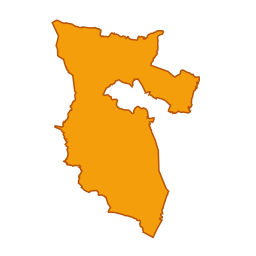 Ejutla, Jalisco, Mexico (Mercator projection), rotated 268°
{"feature_id": "50627088B36966342842371", "entity_name": "Ejutla", "entity_type": "district", "adm_level": 2, "iso_a3": "MEX", "parent_name": "Mexico", "parent_adm1": "Jalisco", "projection": "mercator", "projection_center": [-104.07, 19.901], "detail": "fine", "context": "isolated", "style": "filled", "palette": "amber", "viewbox_px": 256, "rotation_deg": 268, "n_neighbors": 0, "source": "geoboundaries", "source_scale": "gbopen_adm2", "svg_char_len": 5887}
<svg xmlns="http://www.w3.org/2000/svg" viewBox="0 0 256 256"><g transform="rotate(268 128 128)"><path d="M235.9,56.0L222.2,61.8L213.0,59.1L212.2,59.1L211.4,59.7L208.9,60.3L202.9,60.3L201.7,61.3L200.4,63.6L199.6,64.4L199.1,65.9L195.4,66.8L195.2,66.7L193.9,67.3L192.8,67.4L191.0,68.1L190.8,68.5L190.1,68.3L189.1,68.9L188.4,68.9L187.6,70.1L186.6,70.5L186.2,70.2L185.6,70.5L182.7,74.6L166.4,76.1L165.2,77.2L162.5,76.0L158.0,76.5L156.7,74.9L156.4,74.1L152.6,72.2L152.0,71.1L151.1,71.1L149.4,72.5L148.6,72.5L147.7,72.1L148.0,71.1L146.2,70.0L145.7,69.4L143.8,68.4L141.2,68.8L140.5,68.2L139.2,67.8L137.2,65.5L136.2,65.5L136.2,65.1L135.6,64.7L135.8,64.0L136.3,63.9L135.8,63.4L133.4,63.0L132.8,63.6L131.7,63.2L131.2,61.2L131.9,60.0L131.9,58.5L132.7,55.8L132.5,55.0L131.7,55.0L131.2,55.4L130.2,57.9L128.8,60.6L128.3,61.4L126.4,62.2L126.0,63.6L125.2,64.0L124.8,63.5L123.6,62.9L121.9,64.3L120.7,63.7L119.1,64.9L119.0,65.4L118.7,64.7L117.3,65.4L116.3,67.0L115.7,66.6L114.7,65.3L113.7,64.7L113.3,65.3L112.0,65.7L111.6,66.8L110.9,67.2L109.4,67.0L109.0,66.3L103.6,67.4L102.8,66.8L101.3,66.7L100.1,65.8L99.2,65.8L98.8,64.7L97.5,64.3L97.2,62.9L96.7,62.7L96.2,64.0L96.4,64.7L95.8,65.2L95.3,65.0L94.8,65.2L95.0,66.0L94.9,66.1L94.0,65.6L93.1,66.4L93.4,68.4L92.8,68.8L92.5,70.9L91.8,71.6L92.4,73.7L92.3,75.8L91.8,76.7L92.4,78.4L91.6,78.6L91.3,79.2L91.0,79.2L90.2,78.0L90.0,78.6L87.7,79.5L87.7,80.2L87.5,80.4L86.4,80.1L85.9,80.2L83.7,78.6L82.5,78.0L82.4,77.5L81.8,77.7L81.3,77.0L80.3,77.1L80.0,77.9L76.5,76.6L75.9,77.0L74.8,76.5L72.1,79.3L70.9,80.1L70.3,79.2L70.1,79.2L69.9,79.9L67.5,82.2L66.6,83.6L65.1,86.7L65.3,87.5L66.4,88.6L66.6,94.4L65.1,95.8L63.6,96.2L62.4,95.9L62.1,96.1L61.9,96.5L61.9,99.6L60.9,101.7L60.1,102.3L60.0,103.3L52.6,105.5L49.4,107.8L45.3,105.3L44.5,105.7L44.2,110.7L43.7,113.2L41.4,120.5L40.4,122.3L40.6,123.4L38.4,129.9L37.8,130.2L36.9,133.1L35.3,133.9L35.1,134.8L35.4,136.0L35.1,136.6L33.7,137.1L32.9,137.0L31.9,136.3L30.7,136.8L29.5,136.8L29.0,137.1L28.9,137.6L28.0,138.9L27.4,139.3L26.3,139.0L23.8,139.8L23.4,139.5L17.8,149.2L26.7,153.8L34.8,158.8L35.3,157.1L36.4,156.5L37.2,159.1L38.0,159.2L38.7,158.3L40.4,157.6L41.1,158.5L41.2,159.7L45.2,158.9L46.3,160.1L47.0,160.5L48.5,160.4L49.4,161.0L51.9,161.6L52.5,162.1L57.4,163.8L59.5,164.7L59.8,165.2L62.0,165.6L63.2,166.4L65.6,164.4L68.4,163.2L84.2,157.4L104.7,157.5L104.9,157.3L115.4,154.6L123.6,151.3L124.9,151.4L126.5,150.3L127.8,150.4L128.8,149.6L130.0,149.3L130.4,149.3L130.3,149.9L131.3,150.4L131.9,149.6L133.2,149.9L133.6,150.9L132.9,152.6L133.5,153.4L135.9,154.3L137.3,154.3L136.7,150.0L137.4,147.6L138.2,147.6L138.0,148.1L138.6,148.6L141.6,148.3L141.9,148.0L143.0,148.3L144.9,147.6L145.9,146.9L147.1,145.4L147.6,143.7L147.0,143.2L146.8,142.0L149.0,139.3L149.2,138.5L148.9,137.6L147.6,135.9L145.3,134.5L142.9,134.2L142.4,133.3L142.5,132.6L145.0,130.4L145.9,129.1L146.3,124.2L147.5,122.0L147.6,120.4L149.1,118.9L149.2,118.4L151.3,117.3L153.2,117.5L155.8,118.4L156.9,117.9L157.2,115.8L156.7,113.5L157.9,112.4L159.2,112.4L159.8,112.1L160.5,110.5L161.8,109.2L162.0,108.8L161.4,106.2L162.0,104.6L162.8,104.7L167.4,107.0L168.9,108.1L169.9,110.6L170.5,111.0L170.7,111.6L171.7,111.6L172.1,112.0L172.2,112.6L171.7,113.6L172.5,114.4L173.0,115.8L174.7,117.2L175.6,117.5L175.8,118.8L176.5,120.6L173.7,124.4L173.1,127.0L172.7,127.6L172.6,129.2L172.2,130.3L171.5,131.3L169.1,133.4L170.4,133.8L170.7,134.5L173.0,134.0L174.0,134.8L174.9,134.9L175.3,135.5L175.8,135.6L175.7,136.2L176.4,136.1L176.7,136.9L176.3,139.1L176.7,139.6L170.7,143.4L163.5,146.5L163.0,147.1L162.5,146.7L162.7,148.3L163.5,150.1L163.4,151.3L163.1,151.5L162.5,150.9L160.4,150.1L160.8,151.1L160.1,151.6L159.1,153.3L157.9,154.4L156.2,157.0L157.0,157.0L157.3,158.5L155.7,163.2L154.5,165.6L153.3,167.2L150.2,170.1L149.4,171.5L144.1,169.0L143.4,169.0L142.7,170.7L142.2,170.8L142.1,171.4L142.6,171.7L142.3,172.2L142.4,173.2L141.0,173.4L141.5,174.6L141.0,175.6L141.3,176.5L143.1,179.0L141.8,181.2L142.0,183.7L141.0,188.7L141.5,190.1L142.9,191.0L143.1,190.4L143.1,191.2L143.3,190.1L144.3,190.0L144.8,189.4L145.5,189.1L146.1,189.3L146.3,189.0L147.1,189.3L146.6,190.1L145.8,190.0L145.8,190.5L147.3,191.7L147.2,191.9L148.3,192.5L149.2,192.7L149.4,192.3L151.2,192.3L151.2,192.1L155.3,192.8L156.6,193.5L163.0,195.1L163.1,195.9L163.6,196.5L165.2,197.0L165.1,198.0L166.3,198.5L166.9,197.2L168.0,198.6L169.4,198.7L171.1,198.3L171.3,198.5L170.2,199.9L171.7,200.0L172.8,200.7L175.0,201.0L176.2,200.9L176.8,200.5L176.3,198.4L176.5,197.0L177.5,195.8L179.4,194.8L179.1,194.1L179.2,193.4L180.8,191.6L181.5,189.8L181.5,188.8L182.6,187.7L182.6,187.0L183.6,185.8L184.0,184.5L183.8,183.4L183.3,182.8L180.5,182.1L180.1,181.8L177.3,176.2L183.1,169.9L189.3,154.4L189.8,153.4L190.3,153.0L192.6,153.8L194.2,155.4L196.9,155.7L196.9,156.5L197.5,157.2L198.4,157.5L200.5,159.4L201.4,159.8L203.6,159.5L205.2,160.6L212.3,160.7L214.7,161.1L217.0,160.5L218.8,161.1L220.0,163.2L220.7,165.6L222.4,166.7L223.3,166.7L223.7,166.2L224.0,165.5L224.1,161.2L223.7,160.0L222.9,159.1L222.6,157.5L221.6,155.8L221.8,154.8L221.5,153.5L219.9,150.9L218.1,150.2L217.3,149.5L216.4,147.8L216.3,146.9L216.6,146.6L217.6,148.1L218.3,147.3L218.3,146.6L219.0,145.0L218.5,143.2L218.9,143.0L219.2,142.1L218.5,141.3L215.6,140.3L215.6,139.3L216.5,133.7L216.9,132.9L218.7,131.4L220.0,131.1L218.9,130.8L217.6,129.3L218.7,128.8L219.8,127.5L220.1,126.2L219.2,124.9L219.3,124.3L220.2,122.6L221.6,121.2L222.2,119.5L222.1,117.4L223.2,117.4L222.9,116.7L223.6,115.2L222.9,114.2L220.0,112.1L219.9,110.4L220.4,109.0L220.1,107.0L220.8,106.4L220.1,104.7L221.0,104.4L221.3,103.9L222.1,103.5L223.0,103.4L224.8,104.2L226.7,104.3L227.6,102.4L228.0,102.6L228.3,100.5L228.9,100.1L228.9,98.7L229.6,98.4L229.3,96.8L229.4,92.7L230.6,86.1L230.1,85.8L230.0,83.0L231.1,81.2L231.2,79.6L231.5,78.8L233.7,75.8L234.9,70.6L235.2,70.1L235.1,68.5L234.7,67.8L235.9,65.1L237.3,62.9L238.2,60.7L237.3,58.5L235.9,56.0Z" fill="#f59e0b" stroke="#b45309" stroke-width="1.5"/></g></svg>